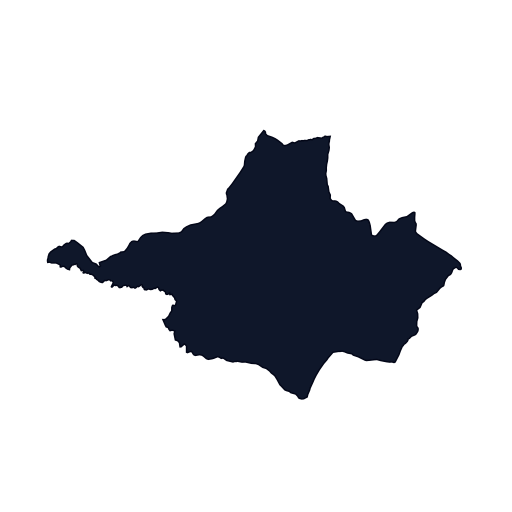 Yakoma, Équateur, Democratic Republic of the Congo (Robinson projection), rotated 191°
{"feature_id": "63176286B72804638257173", "entity_name": "Yakoma", "entity_type": "district", "adm_level": 2, "iso_a3": "COD", "parent_name": "Democratic Republic of the Congo", "parent_adm1": "Équateur", "projection": "robinson", "projection_center": [22.422, 3.592], "detail": "fine", "context": "isolated", "style": "filled", "palette": "ink", "viewbox_px": 512, "rotation_deg": 191, "n_neighbors": 0, "source": "geoboundaries", "source_scale": "gbopen_adm2", "svg_char_len": 6107}
<svg xmlns="http://www.w3.org/2000/svg" viewBox="0 0 512 512"><g transform="rotate(191 256 256)"><path d="M408.5,219.6L407.5,217.4L406.8,216.7L407.9,215.3L408.9,215.8L411.4,217.6L415.5,218.3L422.3,224.2L425.4,229.0L427.4,231.5L433.7,234.8L437.4,236.5L440.1,236.1L440.6,234.5L442.2,232.6L442.9,232.4L443.9,232.5L444.9,231.9L446.6,230.1L447.5,228.5L448.5,227.7L451.0,227.9L451.9,227.3L453.5,225.1L454.9,224.4L458.3,220.8L459.5,218.6L459.8,215.7L459.7,214.2L459.9,212.5L459.7,211.3L459.2,210.0L457.5,210.6L455.3,210.2L450.9,211.1L447.0,210.1L446.4,209.6L446.1,208.0L445.4,207.9L443.9,209.0L442.0,209.2L440.6,208.1L438.6,207.2L436.5,207.0L436.6,208.8L434.8,212.2L433.9,212.3L433.1,213.1L431.9,213.2L431.4,214.0L430.6,214.3L429.9,213.4L429.5,212.2L428.5,211.3L426.3,210.4L424.7,208.3L422.6,208.8L422.0,208.1L422.5,206.6L421.9,206.4L420.2,207.3L418.3,206.8L417.7,207.4L416.6,207.1L415.5,206.4L414.2,206.7L412.6,206.3L410.1,204.8L409.9,204.3L410.0,203.7L409.5,203.4L408.9,203.6L408.0,202.7L406.5,202.1L404.9,201.0L402.9,200.6L401.6,200.7L399.9,203.1L398.2,203.3L396.3,204.6L394.7,204.7L394.0,203.9L392.5,204.2L392.1,204.1L391.2,203.0L391.0,202.5L392.1,198.3L391.9,198.0L391.3,198.1L389.6,200.6L388.5,200.2L387.6,200.7L385.6,200.3L384.3,199.0L383.4,199.0L382.6,199.6L381.9,199.7L381.0,201.3L380.3,201.8L378.2,202.6L377.2,202.2L376.7,201.4L375.6,202.5L374.8,202.8L373.2,201.2L371.8,201.2L370.2,202.0L368.9,201.4L368.2,201.6L366.6,203.6L365.4,203.5L363.1,206.0L362.6,206.0L362.0,205.6L361.9,204.5L361.3,204.3L361.0,203.6L359.8,203.3L359.5,202.2L358.9,201.7L358.2,201.7L357.8,202.0L357.1,201.8L355.3,203.2L353.1,203.0L351.6,203.5L349.7,205.0L348.9,204.8L346.7,206.8L345.7,206.4L344.7,204.6L343.2,203.6L342.2,204.5L341.2,204.6L340.8,204.9L339.2,203.9L338.3,203.8L337.3,201.6L336.4,201.3L335.3,201.6L333.7,203.3L333.2,201.7L331.0,202.4L330.4,201.4L327.8,199.4L327.5,198.5L327.0,197.7L325.6,196.9L325.3,196.4L325.6,192.5L326.1,191.8L328.2,191.8L328.6,191.1L328.8,189.5L328.2,186.0L329.3,183.7L330.2,180.2L332.5,176.8L333.8,176.0L335.2,175.8L331.8,170.8L330.6,169.3L328.6,169.1L327.3,167.3L326.1,166.3L324.2,167.2L321.4,167.0L321.5,164.0L319.1,158.2L316.7,157.9L314.6,156.3L313.2,152.3L312.3,152.5L309.5,156.1L308.0,155.2L307.0,154.4L305.8,148.3L304.8,148.1L303.3,149.1L301.3,150.1L300.0,149.1L299.0,147.9L297.9,147.1L296.5,146.9L292.6,148.4L290.0,148.4L288.0,147.5L285.1,145.8L283.1,145.5L279.6,146.8L278.0,147.6L274.5,149.9L272.6,149.7L270.6,148.9L269.2,149.5L268.1,149.4L264.9,147.9L258.4,147.6L256.5,148.6L255.4,148.6L254.5,149.2L249.5,149.2L246.1,150.0L240.0,149.8L235.5,150.4L232.8,150.0L228.1,148.0L224.4,147.6L220.6,145.7L218.6,144.1L216.1,142.9L214.5,141.9L211.8,139.0L207.9,134.2L206.5,133.3L202.1,130.1L200.2,129.7L197.5,129.5L195.7,128.5L190.7,128.1L188.3,126.4L187.1,125.0L186.4,124.6L183.9,124.4L181.9,125.0L178.9,127.4L178.8,130.0L177.8,134.6L177.7,136.6L176.1,143.3L175.4,146.6L174.2,150.7L172.1,156.6L169.1,163.4L166.7,167.6L165.8,169.8L162.1,176.2L157.2,178.0L155.0,178.5L153.2,179.1L150.5,178.9L147.8,178.3L144.2,178.3L143.4,178.4L141.6,177.3L136.4,176.6L129.1,174.6L127.7,174.5L124.6,175.4L120.2,176.8L117.5,177.5L113.7,177.2L107.7,177.2L104.6,177.4L102.3,178.0L100.2,177.8L99.2,178.5L96.9,186.4L96.3,190.3L95.1,195.5L94.6,195.9L93.9,197.6L92.6,198.9L91.2,201.2L90.9,202.2L90.9,203.4L89.7,204.5L88.1,206.9L84.9,209.0L84.1,209.9L83.2,212.1L82.8,213.4L82.9,215.1L83.2,216.1L84.3,217.0L85.0,218.1L85.7,222.4L85.4,226.1L86.3,230.1L88.1,233.5L85.2,236.8L84.1,241.8L82.6,243.4L81.5,245.6L80.2,247.1L75.9,251.1L74.2,253.1L71.9,254.8L69.4,259.4L68.0,261.1L66.3,262.5L66.1,263.1L66.1,266.1L65.6,269.2L63.3,273.8L62.3,274.3L61.4,275.4L60.8,277.0L60.3,280.1L59.8,281.2L57.9,282.9L57.2,283.1L56.5,283.0L55.2,282.1L54.7,281.6L52.9,281.7L52.1,282.4L52.3,283.6L53.5,285.4L53.6,286.1L54.0,287.0L54.5,287.7L57.1,289.5L62.2,292.1L64.4,293.4L66.8,294.3L70.2,296.0L73.9,297.2L89.9,303.0L94.0,304.7L102.2,308.5L103.9,309.9L104.3,311.0L104.7,316.7L105.0,318.1L106.1,319.3L107.0,320.8L107.7,324.3L108.1,327.7L108.4,328.9L109.2,329.1L110.1,328.7L110.9,328.1L115.3,323.4L119.8,321.5L122.0,320.1L122.8,319.4L124.1,317.0L125.1,316.1L126.5,315.3L131.1,314.6L133.5,313.3L135.0,311.7L138.0,305.7L139.0,303.6L141.2,299.6L142.1,298.6L143.1,298.2L144.2,298.1L146.2,298.3L146.9,299.3L149.7,307.5L150.9,310.0L151.9,311.7L153.1,312.9L154.6,313.0L155.8,312.6L157.1,312.0L159.4,310.5L162.0,309.7L163.6,309.5L165.2,309.9L170.3,315.7L172.4,316.4L173.9,316.5L175.5,316.3L176.6,316.8L177.2,317.7L178.6,320.4L180.0,321.6L184.5,323.4L186.2,324.6L188.0,325.1L189.5,325.0L191.2,324.6L192.5,325.0L194.2,326.6L194.7,330.0L196.7,332.8L198.5,338.1L199.7,339.6L201.4,345.6L202.7,348.2L203.3,350.2L203.3,353.3L203.9,356.2L204.2,359.6L204.1,362.8L204.3,365.9L205.0,369.5L204.6,373.5L204.8,376.5L205.8,379.2L206.0,380.7L205.9,382.5L206.1,384.2L206.0,387.6L209.1,386.7L211.1,386.8L211.9,385.7L212.7,385.4L213.8,384.2L218.4,383.9L219.5,383.0L221.8,382.3L223.1,380.8L224.8,380.8L225.3,380.4L226.5,380.1L227.9,379.0L230.3,378.7L231.6,378.1L232.9,378.0L234.5,377.3L235.9,377.2L239.5,374.3L242.1,374.5L246.4,370.9L248.7,369.8L250.5,369.9L251.9,371.2L257.1,373.8L259.7,374.8L262.9,375.6L268.0,376.3L270.0,377.8L270.4,379.4L271.3,380.3L272.3,380.6L276.3,373.0L276.3,369.2L278.0,366.1L277.3,363.3L277.7,361.5L278.6,358.9L280.7,356.6L282.1,356.4L282.5,356.0L283.7,354.2L283.9,352.9L284.6,352.2L285.0,351.1L285.1,346.9L284.7,343.1L284.8,341.7L287.4,335.0L293.3,321.8L295.5,317.6L296.5,316.2L297.1,312.3L296.8,311.3L296.2,310.5L294.9,306.6L295.0,303.2L295.6,301.3L298.3,298.1L300.6,295.8L302.5,293.4L304.5,289.1L305.9,287.3L307.3,285.9L308.4,285.4L310.2,285.0L311.5,284.4L313.1,282.8L315.8,279.4L317.3,277.9L319.0,276.8L326.2,273.9L329.8,271.3L332.0,269.1L333.7,265.5L336.0,263.8L343.2,262.1L346.2,262.1L352.5,261.4L358.2,259.4L363.5,258.3L368.6,256.3L371.0,254.5L372.7,252.1L374.5,247.8L375.4,247.4L377.9,247.4L379.5,247.1L380.7,246.4L382.1,244.3L382.7,242.1L383.8,239.0L385.6,235.7L386.5,234.9L389.5,234.0L390.0,233.2L392.4,231.3L394.3,230.5L396.8,229.0L397.9,228.0L398.6,227.8L402.1,223.3L408.5,219.6Z" fill="#0f172a" stroke="#020617" stroke-width="1.5"/></g></svg>